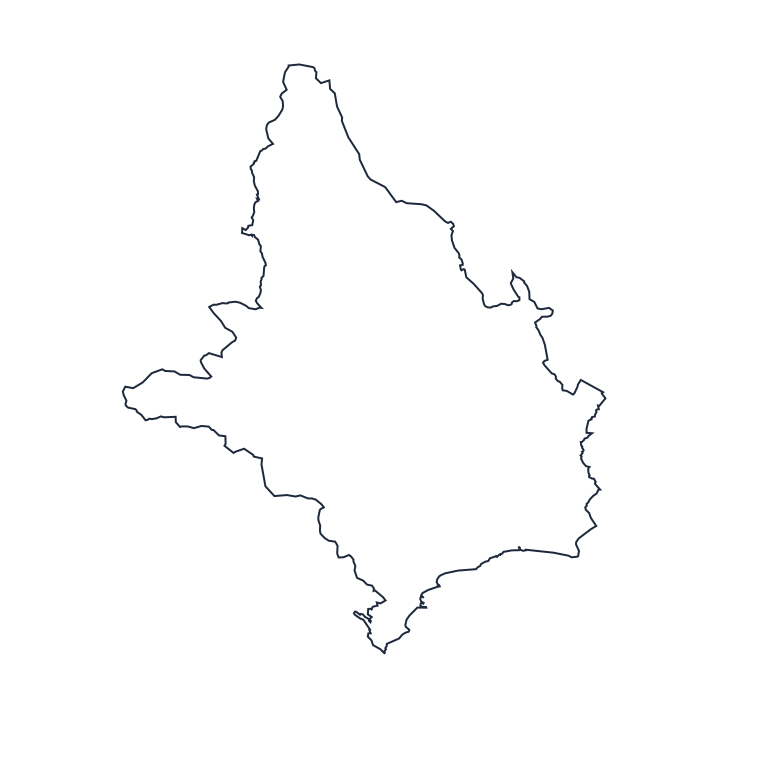 outline of Arklow Lea-6, Wicklow, Ireland, rotated 34°
{"feature_id": "5873133B66309830606527", "entity_name": "Arklow Lea-6", "entity_type": "district", "adm_level": 2, "iso_a3": "IRL", "parent_name": "Ireland", "parent_adm1": "Wicklow", "projection": "natural_earth1", "projection_center": [-6.256, 52.881], "detail": "fine", "context": "isolated", "style": "outline", "palette": "slate", "viewbox_px": 768, "rotation_deg": 34, "n_neighbors": 0, "source": "geoboundaries", "source_scale": "gbopen_adm2", "svg_char_len": 6165}
<svg xmlns="http://www.w3.org/2000/svg" viewBox="0 0 768 768"><g transform="rotate(34 384 384)"><path d="M168.9,162.8L163.5,169.8L156.6,168.6L153.6,163.3L151.8,162.9L149.6,161.0L147.9,161.0L135.2,166.4L126.8,173.3L127.5,174.2L127.6,180.9L130.9,188.9L131.6,190.1L138.8,194.5L136.8,200.4L137.3,203.9L141.9,206.2L144.8,209.9L146.2,213.0L146.6,220.2L146.1,224.3L145.7,226.2L142.2,231.8L142.2,234.9L143.8,238.6L150.8,245.1L157.7,247.0L154.9,251.8L154.2,255.1L152.5,256.6L152.1,258.9L151.2,260.1L153.3,270.3L152.2,271.6L152.6,272.1L152.2,273.1L153.0,274.1L151.8,278.4L153.5,280.4L154.8,280.7L156.5,282.6L160.8,285.3L162.6,288.6L165.9,291.7L171.7,294.8L173.4,297.1L172.8,298.1L176.9,300.7L175.1,301.4L177.3,302.7L176.0,304.7L175.9,307.0L177.6,310.8L180.4,314.2L181.3,318.3L181.1,319.8L184.0,321.4L185.9,326.0L183.1,328.7L183.8,330.4L183.3,333.7L179.4,334.0L181.8,338.2L189.2,336.0L190.1,334.7L191.6,334.9L191.0,334.1L192.9,333.2L194.9,334.4L198.8,334.7L202.8,338.0L204.8,338.5L207.3,343.1L209.8,344.0L212.2,346.5L217.9,349.8L219.7,351.7L219.1,353.0L219.5,354.4L223.7,361.8L223.1,364.6L224.0,365.7L224.3,367.8L226.8,370.9L226.7,372.8L229.3,374.8L230.7,377.7L231.5,381.9L230.7,383.7L231.1,386.6L233.6,388.0L239.8,389.4L238.2,390.2L235.8,393.8L229.5,396.7L226.0,396.3L219.3,397.1L214.9,398.8L209.5,403.4L209.5,404.2L208.4,405.3L204.8,407.3L200.6,412.2L198.4,413.5L196.0,417.9L202.9,420.4L213.5,422.9L220.9,426.2L229.1,425.5L235.5,428.2L236.3,431.1L234.6,434.6L231.2,446.4L231.7,448.9L234.5,452.3L221.6,456.3L220.6,459.2L219.1,461.2L218.7,466.8L219.9,468.2L226.4,471.7L236.6,474.4L236.1,476.3L234.4,478.4L222.3,484.9L217.7,485.3L209.9,490.3L203.4,490.7L195.2,495.6L192.0,495.8L185.4,504.9L183.1,517.6L178.4,527.7L171.0,530.9L171.7,536.2L174.3,538.7L179.8,541.9L180.8,544.9L181.8,546.2L184.9,546.7L191.9,543.9L193.7,544.2L194.6,545.2L200.2,545.3L206.6,547.4L207.9,546.2L208.8,544.0L211.1,543.0L214.5,539.8L217.2,535.6L220.3,534.6L229.6,527.7L232.8,532.1L239.0,533.7L239.9,532.3L245.3,528.8L251.1,526.9L256.1,520.9L262.6,517.3L266.9,518.4L268.3,517.5L276.0,518.9L281.7,516.0L286.2,522.2L286.3,524.4L297.8,525.3L298.7,523.2L304.2,515.9L315.3,515.9L316.6,517.0L324.6,513.9L327.3,519.1L342.9,535.1L355.8,538.2L365.7,530.3L373.5,526.8L377.0,523.1L384.9,521.4L388.4,519.1L392.1,518.0L399.6,518.7L403.1,519.9L401.3,523.4L401.4,524.7L404.1,531.3L405.9,533.7L410.3,537.1L413.0,541.6L415.3,543.7L421.2,544.9L425.9,544.8L431.7,542.0L436.0,544.1L439.9,550.6L443.4,553.2L447.4,550.2L450.5,545.4L453.0,545.4L456.8,546.6L457.9,548.2L462.1,551.0L463.8,555.0L470.1,559.8L476.8,558.6L482.0,559.8L486.8,557.9L489.9,559.1L491.1,561.4L492.0,560.2L502.5,561.3L506.3,562.6L503.8,567.8L500.2,569.2L502.6,571.3L499.2,575.0L499.8,577.9L498.3,578.0L496.7,579.3L499.4,584.0L504.1,584.1L503.5,587.3L505.7,587.9L505.9,589.2L503.9,588.7L503.4,587.3L498.2,587.7L495.4,586.8L493.0,587.8L493.1,588.7L488.3,588.4L487.2,589.0L487.3,590.9L488.8,591.6L495.4,591.7L498.7,591.0L509.7,595.4L509.3,596.1L512.3,598.1L510.5,599.5L511.8,602.5L516.9,603.5L520.9,606.6L529.5,605.9L534.8,607.0L535.0,606.3L533.7,605.3L534.0,602.9L532.8,602.2L532.8,599.7L531.6,597.9L538.8,586.6L539.3,581.7L540.7,578.4L543.0,575.5L542.5,573.7L537.9,573.1L536.6,572.1L534.5,566.9L534.6,561.5L536.7,550.7L544.1,545.8L543.6,545.4L540.1,547.5L538.1,547.4L537.1,545.3L537.3,544.0L539.3,544.2L539.3,543.3L536.7,543.5L534.3,542.1L533.3,539.2L536.5,539.0L533.4,538.5L532.9,537.7L532.9,535.6L535.9,529.9L542.3,521.5L544.2,520.2L541.4,521.2L540.9,520.5L542.7,519.7L541.1,520.2L538.3,518.7L537.3,516.0L537.3,512.6L538.1,510.7L540.6,506.7L549.7,497.3L563.9,486.0L564.1,483.7L565.5,481.0L565.1,479.3L565.9,477.4L567.7,474.2L569.5,472.3L569.2,469.4L572.7,464.7L574.0,464.2L573.6,463.7L574.4,463.4L575.1,460.8L576.0,460.6L575.7,459.7L576.9,458.5L576.9,456.4L582.9,450.5L589.1,446.1L589.2,445.1L586.4,443.7L588.1,443.7L588.6,444.7L590.2,445.1L592.6,444.5L594.7,442.4L594.4,442.0L619.0,429.0L632.9,423.2L636.5,422.7L640.6,419.3L641.2,418.1L639.0,413.3L633.0,409.7L631.9,408.1L631.7,406.6L631.8,403.0L636.7,388.7L639.3,383.0L630.3,379.3L626.3,376.3L621.6,375.4L619.8,373.7L620.2,371.5L619.0,370.3L619.5,368.1L619.2,364.7L620.0,359.7L621.5,355.9L620.9,351.8L622.2,350.7L615.1,348.9L614.3,348.3L614.2,346.7L610.8,345.1L609.7,346.0L606.2,346.5L605.4,345.6L605.6,344.8L603.2,343.3L601.1,340.7L600.5,339.4L600.8,338.0L597.2,339.1L593.2,338.0L589.1,335.7L588.3,333.5L587.0,333.4L587.2,330.1L586.2,329.5L586.6,329.1L586.5,327.2L583.9,326.1L583.3,324.9L582.0,324.8L579.6,322.1L580.5,321.5L581.1,318.3L580.8,317.1L582.7,314.7L582.6,312.7L584.0,308.5L579.2,311.2L576.9,307.8L574.4,301.1L574.1,300.0L575.4,297.9L575.1,297.2L575.7,297.0L575.0,295.0L577.0,293.1L576.0,290.9L575.9,288.5L574.6,287.6L574.8,286.0L576.2,284.8L573.4,282.2L574.7,281.7L575.6,272.1L570.2,270.2L569.6,269.8L570.2,268.3L544.9,270.6L545.1,276.2L546.0,278.2L547.0,285.3L546.6,287.1L539.5,287.5L535.6,289.3L534.0,287.8L532.5,285.0L528.2,283.8L526.7,284.4L523.5,283.6L522.3,281.6L519.7,280.6L517.1,281.4L506.8,278.8L503.9,277.4L504.1,275.2L506.1,272.4L495.4,261.5L489.4,257.0L486.2,255.8L481.8,252.9L478.5,251.8L477.9,250.6L474.9,248.6L477.1,242.6L477.3,240.0L481.9,236.7L484.0,234.3L484.2,231.5L482.9,228.7L478.3,228.6L472.7,234.0L469.0,235.5L462.7,231.9L457.2,232.3L452.9,226.4L447.9,222.8L443.4,221.5L442.8,220.5L437.0,220.2L434.0,221.4L427.9,219.5L432.2,224.2L432.7,229.3L433.5,230.1L438.8,233.3L446.5,236.6L447.8,236.4L449.4,238.9L447.8,241.1L445.2,242.7L444.5,244.6L445.1,246.5L444.3,248.0L442.9,249.3L439.5,250.1L436.2,252.0L434.0,256.1L431.0,258.7L429.9,260.8L427.2,262.5L425.7,262.7L423.7,262.7L421.8,261.5L417.9,257.9L416.4,255.1L414.5,253.9L402.8,250.9L392.6,249.5L387.0,244.1L385.9,244.1L384.7,246.4L383.7,246.1L380.7,243.1L382.6,241.3L381.7,239.8L378.5,237.4L375.6,237.1L374.9,235.5L372.9,233.8L366.3,231.7L360.0,226.9L356.7,222.9L355.7,218.7L352.7,218.0L353.7,214.1L351.8,212.6L348.6,212.1L347.0,214.7L343.5,215.0L328.6,212.5L319.3,212.2L314.6,214.0L301.7,221.4L296.2,222.2L292.4,226.4L274.9,220.1L258.5,222.0L254.3,220.9L238.5,211.6L234.9,207.3L216.6,199.5L202.0,189.5L200.2,186.4L189.9,180.2L180.6,170.5L174.3,169.5L168.9,162.8Z" fill="none" stroke="#1e293b" stroke-width="2"/></g></svg>